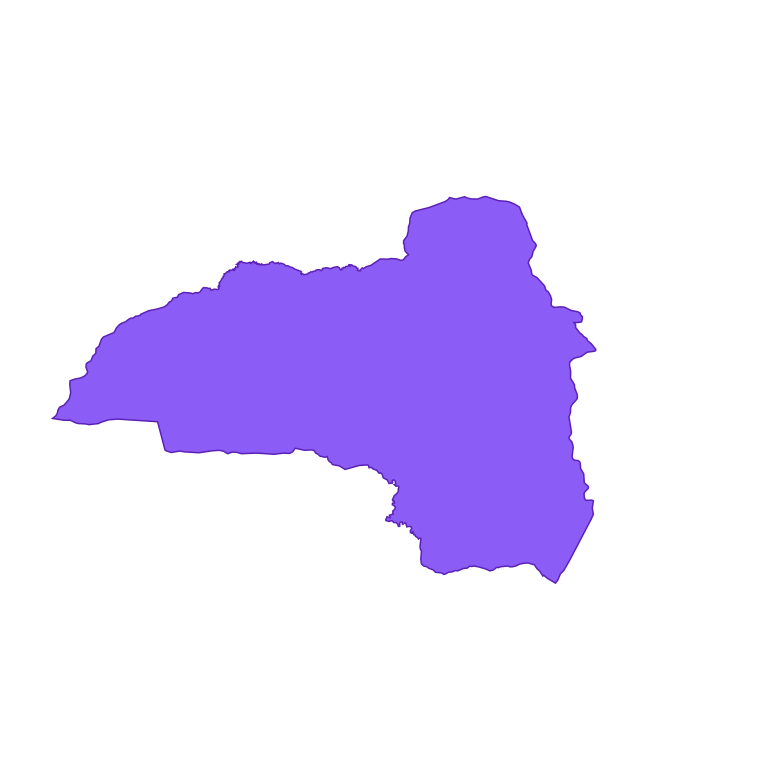 outline of Lenguazaque, Cundinamarca, Colombia, rotated 216°
{"feature_id": "7082276B28495435415002", "entity_name": "Lenguazaque", "entity_type": "district", "adm_level": 2, "iso_a3": "COL", "parent_name": "Colombia", "parent_adm1": "Cundinamarca", "projection": "orthographic", "projection_center": [-73.682, 5.304], "detail": "fine", "context": "isolated", "style": "filled", "palette": "violet", "viewbox_px": 768, "rotation_deg": 216, "n_neighbors": 0, "source": "geoboundaries", "source_scale": "gbopen_adm2", "svg_char_len": 6171}
<svg xmlns="http://www.w3.org/2000/svg" viewBox="0 0 768 768"><g transform="rotate(216 384 384)"><path d="M631.9,161.3L621.5,166.6L616.4,170.3L610.7,171.3L608.1,172.3L602.1,176.2L598.8,177.7L591.8,184.1L590.3,187.0L585.6,193.3L578.8,199.1L545.0,220.4L522.4,201.9L520.9,201.9L515.9,203.5L509.6,209.9L505.9,211.6L493.3,219.6L483.8,228.9L478.2,233.6L474.3,235.3L469.5,235.7L467.1,239.3L465.7,240.4L463.5,241.9L458.4,243.8L446.5,253.2L431.7,262.5L424.8,268.9L419.5,272.4L418.0,275.5L418.1,279.8L409.3,283.7L404.0,288.0L401.6,289.1L398.5,287.9L396.2,288.4L393.3,288.0L388.6,290.1L387.3,291.9L384.7,289.8L382.6,289.2L380.1,289.3L378.4,288.5L372.1,291.5L365.3,292.0L355.9,303.8L349.6,308.9L348.8,308.9L346.9,307.5L345.2,309.1L342.9,308.8L339.3,309.9L335.6,308.9L334.0,310.2L332.2,309.7L329.3,307.6L325.0,308.3L321.5,306.5L319.0,308.7L319.1,309.5L320.5,310.3L320.0,312.1L318.1,312.1L317.3,311.6L315.7,309.8L316.6,308.6L314.3,308.3L312.6,309.8L311.6,309.5L311.0,309.0L310.9,307.7L309.2,305.3L309.3,302.4L310.1,299.9L309.1,295.2L307.7,294.6L306.8,295.2L305.5,293.7L307.1,292.6L306.3,291.2L304.2,291.5L302.1,290.8L301.7,288.7L302.2,286.7L301.6,285.4L300.1,284.3L302.5,281.1L301.1,280.4L300.7,279.3L303.5,278.5L302.8,275.2L302.2,274.7L299.2,275.7L297.3,278.1L294.5,277.7L293.1,279.0L290.6,278.6L288.7,277.3L288.2,277.4L287.7,278.4L289.5,280.6L289.5,281.9L288.5,283.0L287.7,282.7L286.9,281.5L286.2,281.5L285.7,283.7L284.5,284.2L281.6,281.8L279.4,284.1L277.6,284.1L276.8,283.7L276.4,280.6L275.2,279.3L273.5,279.8L274.1,281.0L273.8,281.7L271.2,279.6L269.9,280.2L268.9,279.3L266.7,279.5L265.0,278.8L264.4,280.6L263.3,280.7L259.6,274.1L257.9,272.1L255.4,270.7L251.3,264.0L248.6,261.0L247.4,260.3L244.8,260.1L241.9,261.3L239.2,261.3L235.2,262.5L231.5,262.0L226.3,265.1L223.9,265.0L222.7,266.3L220.9,270.0L218.9,271.5L216.4,275.2L214.7,275.9L211.2,281.6L208.6,283.8L207.4,287.2L206.1,287.7L203.9,289.8L199.8,291.7L193.1,294.1L188.4,295.1L186.3,297.7L185.0,302.0L183.4,302.7L182.4,304.5L177.2,309.3L174.5,310.2L172.6,311.7L170.5,314.1L168.1,318.4L164.8,321.9L162.0,324.0L156.1,326.1L151.7,324.5L148.0,324.1L142.6,322.0L142.3,323.1L137.8,322.8L128.2,323.7L128.1,327.5L129.7,334.1L128.9,338.8L130.1,349.8L136.9,396.3L138.0,401.6L142.5,406.0L146.0,412.6L147.6,412.2L152.1,408.7L154.5,409.2L157.7,412.8L158.2,414.6L157.4,419.3L157.9,420.7L159.0,421.4L163.8,421.7L169.6,428.7L175.3,431.2L178.5,435.1L180.2,436.2L182.0,436.1L185.3,434.3L187.8,434.6L189.3,436.0L193.6,443.8L195.5,445.8L198.0,447.6L201.0,448.2L203.0,449.3L203.2,453.7L204.2,455.4L215.0,466.1L216.3,470.4L219.2,474.7L219.8,477.8L219.0,485.2L220.0,487.4L222.1,489.5L227.3,492.8L229.7,495.5L236.5,498.3L240.4,503.9L244.9,508.2L246.1,509.9L246.5,511.6L245.9,515.0L244.9,517.2L240.7,522.1L238.4,529.1L232.9,534.3L232.5,535.5L233.0,536.5L240.0,538.4L245.0,538.7L246.7,540.0L250.6,539.8L252.5,540.4L255.6,540.4L262.1,542.3L263.8,544.6L266.5,545.4L263.8,547.2L260.7,550.3L261.5,552.6L263.0,555.1L265.7,555.5L267.1,556.7L269.8,556.3L275.8,553.5L283.0,552.3L286.4,550.3L291.1,546.2L293.8,545.6L295.7,546.7L298.0,550.8L301.3,553.3L305.3,555.1L308.1,555.1L311.7,557.7L322.5,560.0L328.4,559.3L331.9,562.7L338.5,566.8L339.5,570.0L339.2,573.8L341.3,579.1L341.9,584.9L342.7,585.9L343.8,586.6L348.1,587.4L361.4,596.3L362.4,597.0L362.8,598.2L371.6,602.3L378.3,606.7L383.4,606.4L388.9,605.2L392.5,603.7L398.9,599.7L411.7,595.6L413.2,594.3L417.0,588.7L421.9,585.2L426.5,583.2L428.7,583.0L434.6,575.8L440.6,573.3L440.5,571.2L441.7,567.7L451.3,553.2L460.2,542.6L461.8,539.3L460.5,533.7L457.6,529.0L456.6,525.6L454.2,521.9L452.3,517.3L452.4,511.6L450.9,509.3L449.3,508.5L447.9,506.5L445.0,503.9L440.1,502.9L441.3,499.6L441.4,495.9L442.0,495.0L443.2,493.8L447.4,492.6L452.1,489.6L454.3,487.2L460.5,483.0L464.3,472.4L467.1,468.8L468.4,465.4L469.6,465.3L470.0,464.7L470.1,463.1L469.6,461.8L470.0,461.4L470.9,461.5L471.3,460.6L472.3,460.4L473.1,462.2L474.0,461.7L475.8,462.4L478.3,461.3L480.1,461.4L482.2,460.1L481.0,459.4L482.3,459.0L482.4,458.0L484.1,456.4L483.9,455.1L485.4,454.4L485.2,453.4L486.0,452.9L485.3,451.8L485.5,451.2L486.6,450.8L488.4,451.8L490.5,451.6L493.2,448.9L494.9,446.0L499.2,444.1L500.3,442.4L501.3,441.9L501.6,441.1L501.1,439.7L501.5,438.8L503.4,438.6L505.9,436.3L506.0,435.0L507.6,433.4L507.9,432.5L509.3,431.6L509.5,430.2L510.4,429.4L510.6,427.7L513.3,425.3L514.9,425.3L515.3,424.3L516.1,424.3L516.7,426.2L517.8,426.2L523.7,424.5L526.5,424.4L528.8,423.4L530.5,423.4L533.3,421.8L534.8,422.2L538.3,421.3L539.2,419.8L540.9,420.2L541.5,418.6L542.2,418.7L543.3,417.3L546.1,417.5L547.7,415.0L547.4,413.6L551.0,410.0L552.9,408.7L553.4,409.3L553.8,409.0L553.6,408.6L554.3,407.5L554.7,407.3L555.4,407.9L556.3,407.2L557.0,407.4L557.5,406.9L556.9,406.5L557.5,406.3L558.7,407.4L559.3,406.0L560.4,406.7L560.8,405.9L561.9,406.5L562.3,403.5L563.2,403.9L563.2,403.2L564.4,403.3L565.5,401.4L569.6,399.3L571.7,399.4L571.6,398.2L572.7,398.2L572.8,397.7L571.8,397.6L572.6,396.3L573.2,396.2L573.3,395.3L572.3,395.2L573.1,394.4L572.2,394.6L572.2,393.6L571.4,393.4L571.1,392.6L571.5,391.8L572.8,391.6L572.3,390.6L572.8,389.4L572.0,389.2L571.8,388.2L572.3,387.7L572.7,388.2L573.2,387.6L573.7,387.8L573.7,387.0L575.9,385.3L575.2,384.2L576.1,384.0L575.9,383.4L576.9,382.5L577.2,380.3L578.1,379.0L577.2,378.3L577.3,376.3L576.7,375.6L577.1,374.4L576.6,371.3L576.8,368.9L575.8,368.3L575.6,366.2L574.6,366.3L575.2,365.3L575.0,364.8L573.8,364.6L573.6,363.0L577.3,360.8L578.7,358.3L581.0,359.2L582.0,358.2L584.2,357.6L585.2,356.5L586.2,356.4L587.0,355.0L587.0,350.1L588.1,348.2L589.9,347.5L591.7,344.8L594.8,343.5L600.0,340.2L602.7,335.5L602.2,332.8L605.3,329.3L604.8,326.8L605.2,324.7L605.9,324.3L606.0,320.7L607.1,317.2L611.3,311.7L617.5,304.9L621.7,297.6L621.6,296.5L623.2,294.1L624.8,292.9L625.9,289.6L627.3,288.7L628.4,287.0L629.7,282.4L631.9,279.1L633.1,275.9L633.4,272.0L632.7,266.9L638.6,257.2L638.9,254.2L636.8,246.9L637.8,243.4L635.2,239.4L636.0,235.3L634.7,230.4L636.5,227.0L636.6,224.9L634.9,222.4L630.7,219.4L630.5,217.8L630.8,214.8L632.8,210.8L637.0,206.3L639.9,202.1L637.9,198.9L632.6,193.1L630.2,187.9L629.9,185.3L630.5,178.7L632.8,174.5L632.5,171.5L631.0,167.9L630.8,165.5L631.9,161.3Z" fill="#8b5cf6" stroke="#5b21b6" stroke-width="1.5"/></g></svg>